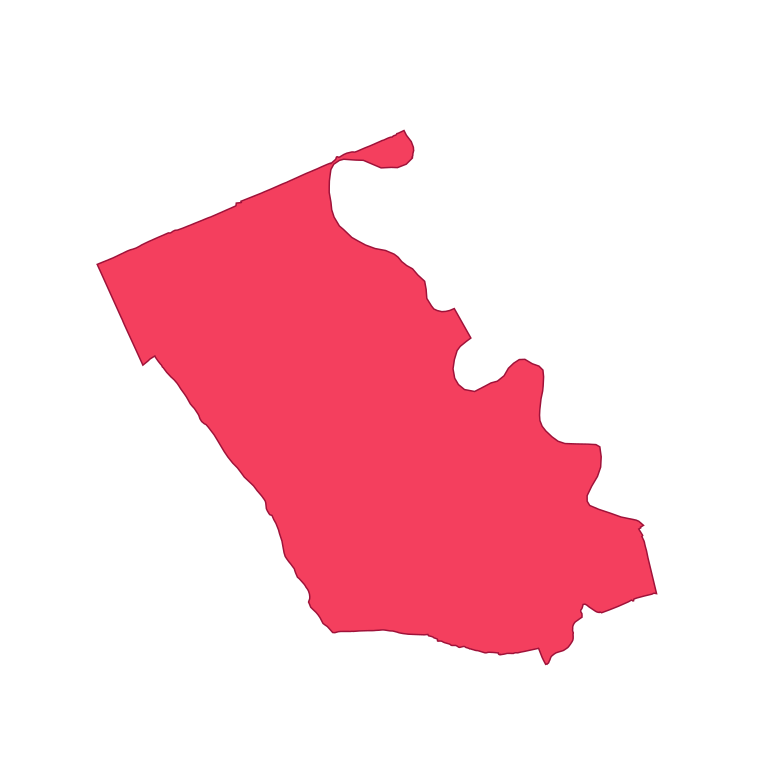 outline of Cotofenii Din Dos, Dolj, Romania, rotated 9°
{"feature_id": "2599482B33095899744211", "entity_name": "Cotofenii Din Dos", "entity_type": "district", "adm_level": 2, "iso_a3": "ROU", "parent_name": "Romania", "parent_adm1": "Dolj", "projection": "mercator", "projection_center": [23.638, 44.42], "detail": "fine", "context": "isolated", "style": "filled", "palette": "rose", "viewbox_px": 768, "rotation_deg": 9, "n_neighbors": 0, "source": "geoboundaries", "source_scale": "gbopen_adm2", "svg_char_len": 6164}
<svg xmlns="http://www.w3.org/2000/svg" viewBox="0 0 768 768"><g transform="rotate(9 384 384)"><path d="M587.5,635.6L588.2,635.1L588.8,635.3L588.9,635.1L589.6,634.3L590.1,633.8L590.2,633.6L590.5,632.1L590.9,630.9L591.1,630.0L591.2,629.3L591.5,627.9L591.9,626.8L594.0,624.4L595.3,623.2L595.6,622.9L596.2,622.5L598.3,621.4L600.8,620.2L602.6,619.3L603.4,618.7L605.8,616.5L606.5,615.8L607.0,615.2L607.6,614.2L608.9,611.7L610.0,609.2L610.5,607.7L610.6,606.8L610.6,606.2L610.6,605.6L610.3,603.6L610.0,602.2L609.9,601.9L609.9,600.8L609.9,600.2L609.7,599.8L609.2,598.9L609.0,598.4L608.8,597.8L608.7,596.9L608.6,595.7L608.4,594.8L608.4,594.0L608.5,593.0L609.1,590.9L610.1,589.1L616.1,583.2L615.8,582.4L615.8,581.5L615.3,579.6L614.8,579.2L614.1,578.2L613.8,577.4L613.8,576.3L614.3,575.5L614.8,574.1L615.0,572.1L615.1,570.6L616.9,570.0L618.8,570.6L621.4,572.1L628.5,575.4L630.1,575.9L632.2,576.0L632.8,575.8L632.9,575.5L633.7,575.5L634.7,575.9L641.8,571.9L650.2,566.9L659.5,560.9L662.1,558.8L663.0,558.9L663.5,559.3L664.4,559.1L664.4,558.2L664.5,557.3L667.0,555.9L674.4,552.6L680.9,549.9L681.6,549.6L682.0,549.3L682.5,548.9L683.0,548.6L683.7,548.4L685.0,548.4L686.0,548.4L671.9,514.4L669.3,507.5L667.6,503.8L666.4,500.9L666.0,499.7L665.3,498.3L662.5,494.2L662.9,493.8L663.2,493.1L658.3,487.4L660.1,485.9L659.8,485.2L662.4,483.0L657.1,479.7L654.3,479.0L639.0,478.3L627.9,476.2L615.8,474.2L606.2,471.8L603.0,468.0L602.1,462.5L605.1,452.5L609.3,441.9L611.0,432.2L609.9,421.9L607.0,412.3L602.8,410.7L594.9,411.5L582.6,413.2L572.0,414.5L564.8,413.3L558.2,409.9L551.2,405.1L546.8,401.0L543.7,395.7L542.5,390.5L541.9,385.0L541.4,374.1L541.8,366.1L541.5,361.1L540.5,351.9L538.8,345.4L534.3,342.1L527.3,340.8L519.3,337.6L513.8,338.7L508.8,343.2L504.4,349.0L501.3,357.1L495.5,363.5L489.5,366.2L484.1,370.3L474.7,377.2L464.4,376.9L457.6,372.9L452.9,367.2L449.8,358.2L449.7,348.9L451.0,339.5L453.4,334.9L458.6,329.1L462.6,325.0L441.6,298.5L437.4,301.1L433.7,302.6L429.8,303.5L425.0,303.1L421.5,302.1L418.7,299.5L412.9,292.8L410.8,283.9L408.1,276.2L400.3,271.0L394.2,265.8L387.9,263.5L382.3,260.3L378.2,256.6L373.8,254.2L364.7,251.9L354.0,251.6L343.9,249.6L335.4,246.6L329.3,244.3L319.8,237.7L315.2,234.9L308.6,227.0L305.1,220.1L303.2,212.9L299.9,203.3L299.0,197.4L298.3,192.1L298.1,186.7L298.0,180.5L300.0,174.8L305.0,170.1L309.1,168.3L320.6,167.3L328.6,166.3L347.3,171.0L357.4,168.9L363.4,168.2L371.6,163.4L376.7,156.4L376.6,155.3L376.3,155.3L376.6,154.4L376.7,153.9L376.6,153.0L376.5,151.9L376.7,149.6L376.8,148.7L376.5,147.9L376.0,145.6L375.1,144.0L373.0,140.3L367.2,134.8L364.1,130.5L358.8,134.1L357.5,134.7L357.4,135.2L356.8,136.2L356.2,136.6L355.6,136.8L355.0,137.1L354.7,137.5L354.4,137.6L353.9,138.1L353.5,138.7L353.1,138.9L352.1,139.1L351.1,139.6L349.3,140.6L345.6,143.1L343.9,143.9L342.6,144.8L332.3,151.4L328.2,153.8L320.8,158.5L319.1,159.4L318.1,159.7L317.2,159.6L315.5,160.0L314.4,160.5L311.2,161.8L308.4,163.6L304.5,166.9L304.2,167.0L303.8,167.1L303.3,167.0L302.6,166.9L302.1,166.9L301.9,167.0L301.5,167.4L301.4,167.8L301.4,168.4L301.3,169.0L301.1,169.5L300.8,170.0L300.2,170.8L298.6,172.7L297.6,173.9L297.1,174.6L296.6,174.2L293.5,176.0L288.3,179.3L284.4,181.9L273.9,188.4L257.3,199.3L256.7,199.8L252.3,202.4L241.6,209.3L235.9,212.8L233.3,214.5L214.1,225.9L214.6,226.7L214.7,227.0L214.4,227.2L209.8,228.4L209.9,231.0L209.6,231.4L186.6,246.2L184.5,247.3L160.8,261.6L155.9,264.3L153.5,264.9L151.5,266.3L150.2,267.6L149.6,268.1L149.2,268.3L148.6,268.4L147.7,268.4L147.2,268.6L137.0,275.1L129.3,280.1L123.2,284.3L120.8,286.3L118.0,288.4L114.9,290.1L112.4,291.2L109.7,292.8L96.7,301.8L82.0,310.7L82.4,311.2L82.9,312.1L87.3,318.7L105.1,345.8L109.5,352.5L113.9,359.2L115.5,361.5L116.5,363.2L118.6,366.5L135.9,392.5L142.9,403.1L147.2,398.3L149.0,395.9L153.0,392.4L153.3,392.2L154.1,393.4L157.5,396.9L160.0,399.2L161.3,400.2L162.5,401.9L163.4,402.4L165.0,404.0L167.7,406.6L172.7,410.5L173.7,411.1L176.2,412.8L179.6,415.7L181.5,417.7L184.0,420.6L188.2,424.8L191.0,427.8L195.8,433.9L198.2,436.0L200.5,437.8L204.8,442.5L206.0,444.0L207.7,447.2L209.8,449.6L212.8,451.4L214.6,451.9L217.2,454.1L224.2,460.8L228.7,466.1L236.8,475.8L241.4,480.7L247.1,485.9L252.3,489.7L256.7,493.9L260.6,497.8L266.2,501.6L271.1,505.0L275.4,509.2L280.6,513.6L283.8,516.8L285.0,518.2L285.8,519.9L286.7,523.2L287.3,525.5L288.6,527.5L290.6,529.9L291.6,530.9L292.5,531.1L293.9,531.3L296.4,535.2L299.1,538.6L302.6,544.5L304.3,548.3L306.0,551.6L307.8,555.1L309.1,558.9L311.7,566.3L313.4,569.8L315.4,572.0L317.8,574.4L320.3,576.6L322.8,579.1L324.3,580.5L325.0,582.1L326.3,584.5L327.7,586.7L328.7,588.3L330.8,589.6L334.0,592.2L336.4,594.2L337.8,595.6L338.5,596.6L339.4,597.5L340.6,598.7L341.8,600.3L343.2,603.0L344.0,605.8L344.2,607.9L343.7,610.4L343.6,611.2L344.8,613.0L346.5,615.9L348.7,617.5L352.6,620.2L354.9,622.2L357.3,624.7L361.2,630.0L363.2,631.1L366.0,632.4L368.7,634.6L372.2,637.5L374.4,637.3L377.6,635.8L379.9,635.2L385.9,634.2L389.4,633.7L390.9,633.3L392.6,633.1L398.5,631.7L406.3,630.2L412.3,629.2L414.6,628.6L417.9,627.9L419.7,627.4L421.6,627.0L423.6,626.9L428.5,626.9L430.3,626.7L431.5,626.6L435.7,627.0L437.4,627.3L438.7,627.4L441.7,627.5L444.1,627.4L447.1,627.3L453.3,626.6L463.1,625.4L466.5,624.5L466.8,625.0L467.4,625.7L470.2,625.9L471.8,626.2L473.1,626.9L475.0,627.2L476.5,627.6L476.9,628.0L476.9,628.7L477.0,629.3L477.3,629.5L478.2,629.4L478.9,629.2L480.5,629.0L481.6,629.1L482.7,629.6L484.4,630.0L489.2,630.6L490.0,630.8L491.1,631.5L491.9,631.6L495.8,631.0L496.8,631.3L499.1,632.3L499.9,632.3L500.9,631.9L503.5,630.8L504.3,630.7L505.0,630.8L506.1,631.4L506.6,631.5L507.4,631.5L508.3,631.7L509.1,631.8L509.9,632.2L510.8,632.1L511.7,632.2L512.8,632.4L513.6,632.4L514.6,632.6L516.0,632.8L517.0,632.8L518.1,632.7L519.4,632.8L525.5,633.7L526.7,633.6L527.6,633.3L528.6,632.8L529.9,632.5L533.5,632.1L536.4,631.9L538.1,631.8L538.9,631.7L539.1,632.4L539.4,632.8L539.8,633.1L540.5,633.1L540.8,632.9L541.0,633.3L544.9,632.0L545.8,631.6L546.5,631.4L547.4,630.9L550.1,630.4L552.0,630.2L554.0,629.9L554.8,629.3L555.8,628.9L557.0,628.7L558.2,628.6L559.8,627.9L561.3,627.3L564.4,626.2L578.0,620.9L578.1,621.0L582.9,629.2L584.6,631.7L587.5,635.6Z" fill="#f43f5e" stroke="#9f1239" stroke-width="1.5"/></g></svg>